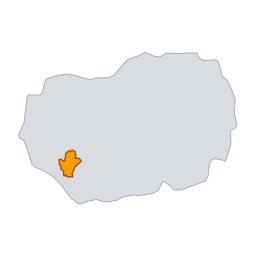 Kočani on a map of North Macedonia (Robinson projection), rotated 183°
{"feature_id": "MKD-2939", "entity_name": "Kočani", "entity_type": "Statistical Region", "adm_level": 1, "iso_a3": "MKD", "parent_name": "North Macedonia", "parent_adm1": "", "projection": "robinson", "projection_center": [22.392, 41.974], "detail": "fine", "context": "in_parent", "style": "filled", "palette": "amber", "viewbox_px": 256, "rotation_deg": 183, "n_neighbors": 0, "source": "natural_earth", "source_scale": "10m", "svg_char_len": 2380}
<svg xmlns="http://www.w3.org/2000/svg" viewBox="0 0 256 256"><g transform="rotate(183 128 128)"><path d="M114.3,61.0L119.0,61.5L129.3,58.9L135.7,55.2L138.9,54.6L143.3,53.2L149.5,53.4L155.8,55.0L163.8,52.9L171.7,49.5L174.8,50.3L178.2,53.3L180.5,54.1L193.6,69.6L200.7,75.8L209.2,80.6L218.8,84.1L222.3,87.4L228.5,103.9L231.4,110.2L235.5,112.1L236.5,113.9L236.7,116.2L232.1,127.8L230.3,153.8L229.2,155.9L224.3,155.8L217.9,156.3L215.5,158.3L212.9,172.3L202.6,176.3L193.2,178.6L185.3,178.1L171.4,174.7L166.9,174.4L163.0,176.3L150.6,177.3L145.1,179.7L132.3,196.1L119.3,201.7L114.9,204.5L105.0,200.9L100.3,200.6L93.4,204.7L78.4,205.2L74.3,205.9L62.7,206.5L62.2,204.3L60.1,201.0L54.7,199.4L43.7,200.8L41.0,198.4L36.6,184.5L33.1,182.3L29.1,177.6L22.5,162.5L22.4,155.9L22.9,150.1L19.3,136.6L21.6,133.2L25.1,131.0L25.2,125.6L24.3,117.3L28.5,101.1L29.6,99.9L30.7,100.7L40.5,102.0L43.1,99.9L44.7,96.7L45.4,84.9L47.8,79.4L71.7,68.9L78.7,68.5L84.1,73.3L88.3,76.4L90.9,76.3L91.8,73.2L94.7,67.3L99.7,63.9L114.2,61.0L114.3,61.0Z" fill="#d9dde1" stroke="#a8b0b8" stroke-width="1"/><path d="M173.1,92.2L173.5,91.6L174.3,91.0L175.3,90.0L176.6,89.1L177.0,88.3L177.5,87.5L178.1,87.1L178.8,86.8L179.1,86.7L179.4,85.5L179.7,84.5L179.9,84.0L180.4,82.3L180.7,81.2L181.3,80.3L181.4,79.4L181.2,78.7L180.8,77.8L180.7,77.1L180.7,76.9L180.7,76.6L180.9,76.3L181.5,76.3L182.8,76.3L183.8,76.2L184.4,76.2L185.0,76.2L185.3,76.2L185.8,76.2L186.7,76.4L186.7,76.7L187.0,77.7L187.6,78.0L188.0,77.7L188.3,77.1L188.8,76.8L189.3,77.1L189.9,77.9L190.0,79.0L190.0,81.1L190.3,82.0L191.2,82.5L192.4,83.1L192.8,83.4L193.0,85.0L193.0,85.8L193.3,86.3L193.9,87.0L194.1,87.6L194.7,88.2L194.7,89.1L194.7,90.2L194.8,91.0L195.2,91.7L195.2,92.5L194.8,92.7L194.0,93.3L193.4,93.3L192.9,93.2L192.5,92.9L192.1,92.4L191.6,92.0L191.2,91.8L190.5,91.8L189.8,91.8L189.6,92.2L189.4,93.6L189.2,95.0L188.8,96.1L188.8,97.0L188.9,99.5L188.3,100.1L188.2,100.4L187.9,100.4L187.2,100.6L186.5,101.4L186.2,101.9L185.8,102.1L185.4,102.0L185.3,101.6L184.9,101.3L184.5,101.3L184.1,101.6L183.8,102.0L183.0,102.7L182.2,102.7L181.5,102.7L181.4,102.7L181.2,102.6L180.7,102.0L180.3,102.0L179.8,101.8L179.5,100.7L179.4,100.2L179.2,99.8L178.9,99.2L178.8,97.5L178.8,96.8L179.0,96.3L179.3,96.1L179.4,95.8L179.3,95.4L179.1,95.1L178.5,95.1L177.5,95.1L175.8,95.2L174.5,94.4L173.4,93.1L173.1,92.2L173.1,92.2Z" fill="#f59e0b" stroke="#b45309" stroke-width="1.5"/></g></svg>